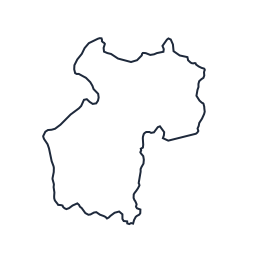 an SVG outline of Edo, rotated 166°
{"feature_id": "NGA-2861", "entity_name": "Edo", "entity_type": "State", "adm_level": 1, "iso_a3": "NGA", "parent_name": "Nigeria", "parent_adm1": "", "projection": "mercator", "projection_center": [5.875, 6.657], "detail": "fine", "context": "isolated", "style": "outline", "palette": "slate", "viewbox_px": 256, "rotation_deg": 166, "n_neighbors": 0, "source": "natural_earth", "source_scale": "10m", "svg_char_len": 2436}
<svg xmlns="http://www.w3.org/2000/svg" viewBox="0 0 256 256"><g transform="rotate(166 128 128)"><path d="M212.3,140.6L209.1,144.4L206.2,145.4L202.6,144.8L199.0,144.9L192.8,147.5L180.4,155.0L170.8,159.0L168.1,160.7L163.9,166.0L161.0,165.9L158.9,162.6L156.4,159.9L152.9,159.6L150.5,161.8L149.1,164.7L148.7,168.4L152.0,174.1L152.3,177.5L153.5,181.6L156.6,186.8L162.7,192.4L164.6,192.8L166.0,194.0L166.0,198.0L164.8,201.9L160.6,206.8L154.9,211.1L150.8,216.0L145.5,219.8L135.6,221.9L133.7,222.0L132.0,221.4L131.9,219.7L132.3,218.6L131.7,217.4L130.6,216.4L130.1,215.2L132.3,211.6L132.8,207.9L129.9,205.7L126.5,203.9L120.9,197.8L109.1,191.3L102.8,191.6L97.1,195.1L96.5,196.4L95.5,197.2L94.5,197.0L92.6,196.3L88.7,193.5L84.9,193.2L81.8,193.7L75.2,193.4L74.2,195.9L74.7,199.3L68.9,204.3L67.1,205.1L65.1,203.5L64.2,198.2L65.2,191.5L60.3,185.9L53.2,182.4L53.3,179.2L51.4,176.3L50.3,175.4L49.0,174.9L47.8,174.9L46.8,174.5L46.6,173.1L44.5,170.6L42.0,168.5L39.9,167.3L39.4,166.3L39.6,165.5L40.2,164.8L40.8,163.5L41.3,160.5L42.7,158.4L45.0,157.6L47.6,156.2L49.0,153.7L49.7,150.7L51.4,148.1L53.8,142.7L52.0,137.3L50.2,134.6L49.4,134.1L48.9,133.3L48.9,130.1L49.2,128.6L49.6,125.3L50.8,123.1L53.9,119.2L57.6,115.7L58.9,112.9L60.6,110.7L60.5,108.1L61.8,106.8L63.5,106.0L92.0,106.0L96.6,109.7L94.9,112.3L93.9,115.2L96.6,121.9L98.9,121.6L103.9,117.5L106.8,117.7L108.1,118.9L111.3,119.7L113.1,119.1L114.2,118.3L115.6,115.9L116.1,114.5L117.3,108.0L118.3,105.4L120.6,104.8L120.6,103.2L121.0,102.5L121.4,102.3L121.9,101.4L121.5,100.1L120.0,97.0L120.3,93.4L121.6,89.7L124.3,86.9L125.7,85.1L126.3,82.6L131.0,71.9L130.7,70.8L130.8,69.5L133.0,67.0L135.5,64.8L137.1,63.6L138.5,62.2L139.5,58.8L139.2,56.6L138.6,55.1L138.1,51.9L139.3,49.7L138.7,47.9L135.7,45.9L136.7,42.4L138.0,41.2L140.8,40.5L142.0,39.9L144.4,37.2L146.2,34.0L148.0,35.0L150.0,34.5L151.8,35.6L151.4,37.6L154.7,38.8L155.4,41.1L154.3,45.6L156.8,49.1L161.5,49.0L166.3,47.0L168.3,45.8L170.3,45.3L171.3,47.1L172.8,48.4L176.2,50.7L179.1,54.0L181.5,54.2L185.3,53.2L187.4,53.4L190.0,55.8L192.3,61.5L193.7,63.3L194.1,65.2L195.4,67.1L200.5,66.2L204.6,64.5L207.4,64.2L208.9,65.4L210.0,66.9L210.3,68.6L211.7,69.4L214.4,70.3L214.6,71.1L216.2,74.7L216.5,75.6L216.6,77.6L216.2,79.5L215.0,83.3L214.5,88.6L213.6,91.0L213.5,92.1L213.6,96.6L213.4,97.5L210.7,103.2L209.6,107.2L209.5,108.9L210.1,114.3L209.6,127.4L210.0,131.8L212.1,137.6L212.3,139.1L212.3,140.6Z" fill="none" stroke="#1e293b" stroke-width="2"/></g></svg>